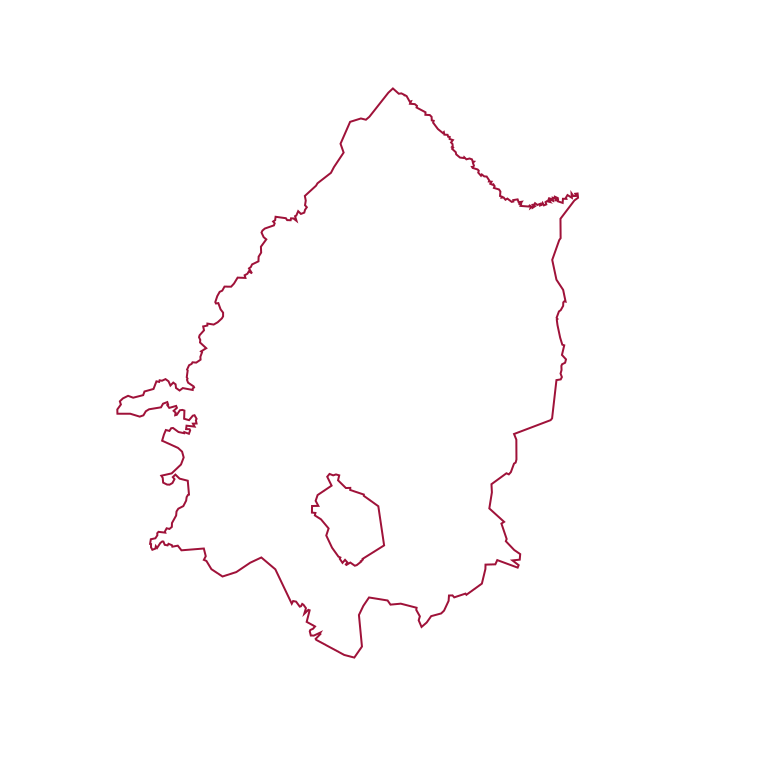 the district of Cesvaines pag., Cesvaines, Latvia, rotated 33°
{"feature_id": "27541924B84614371300280", "entity_name": "Cesvaines pag.", "entity_type": "district", "adm_level": 2, "iso_a3": "LVA", "parent_name": "Latvia", "parent_adm1": "Cesvaines", "projection": "albers", "projection_center": [26.258, 57.009], "detail": "fine", "context": "isolated", "style": "outline", "palette": "rose", "viewbox_px": 768, "rotation_deg": 33, "n_neighbors": 0, "source": "geoboundaries", "source_scale": "gbopen_adm2", "svg_char_len": 6154}
<svg xmlns="http://www.w3.org/2000/svg" viewBox="0 0 768 768"><g transform="rotate(33 384 384)"><path d="M529.4,281.3L526.4,279.1L525.3,275.6L522.9,272.2L522.6,270.5L524.3,267.5L523.2,264.2L517.4,262.7L514.1,253.4L512.1,253.9L506.5,249.2L497.4,240.1L493.9,236.0L494.1,235.0L492.7,234.5L491.2,227.9L492.0,225.8L491.7,220.9L489.9,217.9L490.2,216.4L491.4,216.0L483.0,207.5L471.8,202.6L457.5,188.3L452.6,167.9L452.7,165.5L442.0,149.3L443.7,126.4L445.3,122.1L442.6,118.8L440.8,120.3L442.8,121.6L440.5,123.2L437.5,122.0L440.1,125.5L435.0,125.6L435.1,128.7L436.1,129.4L433.2,131.2L435.2,134.8L430.3,136.1L428.9,133.4L428.9,135.8L427.7,136.6L426.7,134.3L427.2,133.6L425.3,133.9L426.0,135.2L424.0,135.9L426.0,138.3L424.3,138.5L423.5,140.1L422.1,139.2L423.1,137.9L421.3,138.3L421.7,140.5L423.9,141.0L421.0,142.0L420.4,143.5L422.3,145.0L420.8,147.1L418.4,145.8L418.7,147.9L417.7,149.2L416.9,147.8L415.1,150.3L412.2,150.1L412.3,151.7L411.5,152.4L413.8,152.6L412.8,154.9L412.1,153.5L411.0,156.5L410.5,154.9L408.9,155.0L408.8,156.3L401.5,160.3L401.1,158.7L399.6,159.4L398.8,158.3L400.3,157.4L400.3,156.1L397.9,158.2L395.5,156.4L392.2,159.4L393.1,160.5L391.9,161.7L386.5,161.3L385.5,163.3L382.6,162.4L381.1,163.7L380.8,162.7L378.9,163.1L376.8,159.2L374.5,158.2L369.4,159.7L369.0,157.8L367.2,157.3L367.1,156.2L366.5,157.8L364.1,158.2L364.0,155.8L361.7,157.0L361.5,156.0L357.1,154.1L355.0,155.3L351.9,155.0L351.9,156.5L347.9,155.4L347.3,153.5L345.7,153.1L340.7,154.5L339.7,154.0L340.5,153.5L340.5,151.9L338.1,150.1L338.4,148.5L337.2,149.1L335.4,147.7L332.9,148.3L330.7,150.7L327.7,150.1L327.9,151.0L324.4,152.7L319.5,152.1L317.9,150.5L313.1,149.7L313.2,148.1L311.9,148.2L312.1,147.1L310.7,145.4L308.7,144.9L308.9,141.9L305.6,142.8L304.5,141.0L303.2,141.7L301.6,140.4L298.8,142.0L297.0,140.2L296.7,141.5L290.3,140.8L282.9,138.1L282.3,136.2L280.5,136.9L278.4,134.0L275.9,133.5L272.1,135.7L270.8,133.5L260.7,134.4L260.2,132.8L257.4,132.5L253.2,134.8L252.7,132.2L251.8,133.2L246.1,130.2L244.2,130.4L244.3,131.5L243.8,130.4L240.3,130.8L238.3,132.5L230.5,131.3L229.0,137.3L226.2,167.8L224.9,172.2L220.0,173.9L212.8,182.6L216.7,206.2L224.1,211.9L223.9,229.4L224.5,235.8L218.9,251.9L219.0,254.7L215.2,269.4L218.5,272.8L220.4,277.1L223.0,277.8L222.9,280.9L223.8,283.7L221.7,286.6L217.9,285.8L218.7,290.5L218.0,291.7L221.7,294.8L217.9,294.5L215.8,295.7L216.5,297.5L213.5,299.3L211.4,298.4L202.0,302.8L203.5,305.9L202.5,308.1L204.8,308.8L205.3,310.9L199.4,318.5L198.5,321.5L198.8,323.7L203.1,326.4L206.5,326.8L206.0,335.9L209.4,340.7L209.5,345.5L211.9,349.5L208.2,355.6L208.6,358.4L207.8,360.6L213.0,363.1L209.3,363.2L209.4,366.0L207.9,368.7L210.0,370.5L203.3,374.5L203.5,381.5L202.8,385.6L197.2,389.2L197.5,393.8L196.0,396.2L196.3,401.1L197.9,407.2L199.2,408.0L201.0,406.4L206.3,410.4L210.2,411.8L212.2,414.9L212.3,417.3L210.9,422.8L208.8,426.9L203.0,429.5L204.0,431.2L201.0,434.2L203.8,437.0L202.8,443.5L203.4,445.5L205.9,447.1L207.1,449.4L215.4,450.8L212.8,456.3L214.1,456.4L215.2,461.2L216.9,463.5L214.9,468.3L211.6,470.1L211.7,472.0L210.3,474.4L211.0,479.2L212.0,479.6L214.9,485.8L216.3,486.5L216.5,487.8L219.0,489.6L225.7,489.7L226.6,490.3L226.0,491.8L226.8,493.2L217.5,497.0L216.1,500.8L211.7,500.6L209.4,497.8L206.5,497.6L205.7,501.6L201.8,499.1L198.1,498.9L196.0,502.2L193.8,503.1L194.3,504.7L191.7,505.7L193.4,513.7L187.2,520.7L188.1,524.5L181.1,532.1L175.8,533.3L172.9,538.2L171.9,542.4L174.5,544.5L174.2,550.6L176.6,554.1L187.5,547.1L196.9,544.4L199.3,541.3L199.1,536.6L200.7,533.2L209.7,525.0L209.4,520.9L212.1,517.2L214.2,518.9L213.7,519.7L216.9,521.0L221.6,515.6L223.3,516.8L222.2,521.1L224.8,521.5L225.9,523.9L227.0,522.7L227.1,517.2L229.1,515.5L231.1,515.0L235.3,522.0L240.2,520.5L240.9,514.7L242.1,513.4L245.8,515.3L246.0,516.9L248.3,519.2L245.4,521.3L248.3,522.9L241.1,526.5L242.6,529.6L245.6,527.8L246.7,528.5L247.5,532.0L242.7,533.1L243.2,534.1L237.8,536.2L231.0,535.8L229.6,537.0L229.6,540.2L226.1,541.4L227.0,546.3L228.8,552.4L246.1,549.8L251.5,550.7L256.0,554.7L257.6,562.1L254.6,574.6L247.2,582.2L249.5,583.2L252.5,587.0L256.8,586.5L259.0,585.2L260.5,582.3L260.1,577.9L257.6,577.1L258.4,573.6L264.1,574.7L272.1,572.0L280.7,583.0L280.0,583.8L280.1,586.4L281.6,589.6L282.2,595.7L279.4,600.6L279.4,603.9L281.3,607.5L281.9,616.1L283.9,619.4L283.0,622.4L280.3,623.4L280.6,627.1L281.5,627.8L275.4,630.8L275.1,632.7L276.3,634.3L276.3,637.9L273.0,641.2L274.9,645.5L275.8,645.1L277.5,647.8L280.0,649.2L281.9,646.6L281.0,644.3L283.0,645.1L283.0,639.1L283.8,636.8L284.8,636.3L287.7,638.3L290.4,637.2L290.3,635.4L293.9,634.7L295.1,635.7L299.1,631.9L304.7,633.8L322.5,620.1L328.3,625.5L328.7,629.6L331.4,629.1L340.1,633.3L353.4,633.4L362.6,622.1L369.1,606.8L375.6,596.3L393.8,598.6L426.3,618.5L426.0,615.5L428.8,614.4L434.6,616.6L435.4,615.6L435.2,613.0L436.7,613.0L440.6,614.5L442.3,620.1L443.6,614.6L444.9,614.3L448.7,625.6L458.2,624.9L457.8,627.9L456.2,630.4L456.4,631.8L459.6,634.8L462.2,633.2L466.0,627.1L466.0,628.5L466.8,628.5L465.5,635.0L466.5,635.5L498.2,632.9L508.1,629.6L508.5,616.2L488.8,591.4L487.5,581.3L487.7,571.2L504.9,563.6L509.6,565.5L517.7,559.1L533.2,553.9L534.1,555.9L540.6,559.3L541.8,563.3L547.8,567.3L549.7,560.8L550.0,553.0L556.9,545.3L557.8,541.4L556.3,530.7L553.7,526.0L556.6,524.0L559.1,524.7L566.5,515.4L567.9,515.9L574.8,498.1L569.8,483.9L567.5,480.2L575.6,474.6L574.9,470.0L596.1,465.2L595.6,462.6L587.8,462.0L593.5,457.4L590.9,452.5L583.6,452.3L571.8,449.5L571.3,447.2L558.5,437.1L559.8,434.2L540.1,431.0L533.5,416.1L528.7,409.5L535.3,392.2L537.9,391.8L538.4,388.8L536.4,380.0L537.2,378.2L536.2,375.2L525.3,358.6L520.3,355.1L543.4,323.6L543.7,321.3L526.5,286.8L529.7,283.9L529.4,281.3ZM412.3,489.5L413.4,491.3L427.3,487.7L428.0,488.8L445.8,489.6L472.0,519.3L461.3,542.3L461.9,542.8L461.1,545.2L461.6,545.4L459.8,550.7L458.5,552.3L453.0,552.1L451.0,556.2L450.3,556.1L450.5,553.6L447.1,552.7L446.6,556.6L442.1,554.7L441.9,553.3L439.8,553.6L429.6,549.6L418.1,542.5L416.2,535.3L404.8,531.8L397.6,531.9L396.7,529.5L393.6,531.1L390.1,525.5L395.3,522.0L390.3,519.2L388.8,513.3L395.4,497.8L386.9,492.7L387.3,489.1L391.1,488.3L393.0,486.0L396.2,485.0L397.9,489.8L408.7,492.0L412.3,489.5Z" fill="none" stroke="#9f1239" stroke-width="2"/></g></svg>